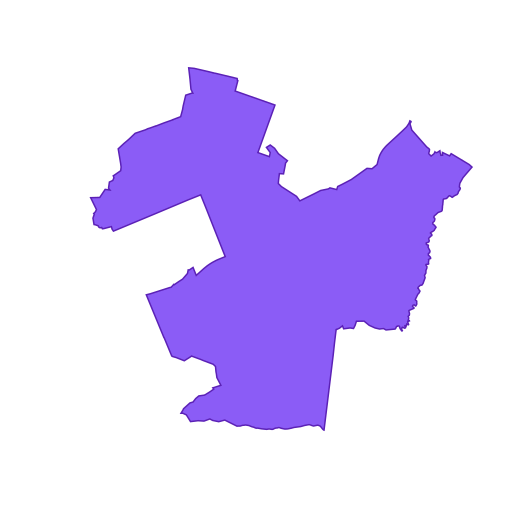 Lubes pag., Talsi, Latvia (Mercator projection), rotated 199°
{"feature_id": "27541924B36241306566640", "entity_name": "Lubes pag.", "entity_type": "district", "adm_level": 2, "iso_a3": "LVA", "parent_name": "Latvia", "parent_adm1": "Talsi", "projection": "mercator", "projection_center": [22.601, 57.453], "detail": "fine", "context": "isolated", "style": "filled", "palette": "violet", "viewbox_px": 512, "rotation_deg": 199, "n_neighbors": 0, "source": "geoboundaries", "source_scale": "gbopen_adm2", "svg_char_len": 5812}
<svg xmlns="http://www.w3.org/2000/svg" viewBox="0 0 512 512"><g transform="rotate(199 256 256)"><path d="M431.3,257.3L422.0,248.0L422.2,245.6L423.3,243.3L422.5,242.8L422.5,238.7L419.4,233.0L418.1,233.2L415.3,233.2L414.8,233.0L414.5,232.5L413.7,232.0L412.9,231.9L412.1,232.1L411.2,232.7L410.1,231.7L408.9,232.3L402.3,236.7L400.8,234.5L398.9,233.1L366.7,261.7L338.4,287.0L328.2,295.8L318.3,284.4L307.1,271.3L284.9,245.4L290.7,240.3L292.1,239.0L295.1,235.8L296.9,233.6L298.9,230.9L301.2,227.2L306.2,218.2L311.8,224.7L314.5,221.1L315.6,220.8L315.1,217.2L317.9,210.2L320.6,206.8L324.0,202.2L324.5,202.4L326.0,198.9L327.4,198.0L343.6,185.9L347.1,183.6L316.5,148.9L316.3,148.9L303.1,134.0L302.0,133.8L298.5,134.0L289.7,133.6L284.9,139.6L284.4,140.4L274.7,140.2L272.1,140.0L261.2,139.7L258.3,138.3L256.1,133.4L255.1,131.7L253.4,128.3L247.1,122.3L253.9,117.3L252.6,116.4L255.8,112.0L259.4,107.7L264.5,105.1L266.6,101.6L268.0,97.4L270.6,95.6L274.8,88.0L274.8,87.3L275.7,82.9L274.0,83.5L270.1,83.1L264.0,78.1L257.2,81.4L251.4,83.0L246.6,86.9L243.5,86.4L237.3,87.2L232.1,90.7L218.5,88.9L218.1,89.2L215.7,90.0L213.5,91.6L212.4,92.0L211.1,92.7L210.4,92.9L207.5,93.4L204.3,93.2L202.2,93.4L200.7,93.2L199.7,93.3L198.4,93.8L197.1,94.0L194.5,94.4L189.4,95.6L188.2,96.3L187.0,96.8L184.3,97.3L183.2,98.0L182.3,99.0L181.2,99.8L180.0,100.3L178.9,101.1L177.6,101.4L176.3,101.3L173.6,101.6L172.3,101.8L169.8,102.8L166.4,104.8L164.2,106.3L158.2,109.3L154.9,111.6L151.4,113.6L150.2,114.0L147.5,113.9L146.2,114.0L142.7,116.1L141.4,116.2L140.1,116.1L138.9,115.5L136.6,114.0L135.4,113.5L135.0,113.5L150.7,187.2L153.5,199.5L156.3,212.6L155.8,213.0L155.7,212.9L153.6,214.9L151.5,218.1L149.4,215.7L143.6,218.6L140.2,219.2L139.9,221.2L139.7,222.8L139.8,227.0L132.6,229.6L126.4,227.3L120.0,226.7L115.3,227.2L114.0,227.9L111.7,228.9L109.0,228.4L100.7,232.2L100.4,232.9L100.4,233.3L100.3,233.6L100.2,234.9L99.8,235.5L99.2,235.7L98.9,236.2L98.0,236.4L97.4,236.1L97.0,235.3L95.9,234.1L95.4,233.9L94.3,232.9L93.6,232.6L93.4,232.8L93.3,233.1L94.4,233.9L94.6,235.5L94.6,236.0L94.0,236.4L92.1,236.1L91.5,236.5L91.3,236.7L91.3,237.4L92.1,237.9L92.4,238.3L92.5,238.6L92.2,238.7L92.0,238.4L91.2,238.4L91.3,240.7L90.3,240.5L89.5,240.6L89.4,240.9L89.6,241.2L91.2,243.1L91.2,243.4L90.8,243.7L89.8,244.6L90.0,244.8L91.2,244.8L91.3,246.6L91.4,247.0L91.8,247.7L92.5,248.4L92.4,248.8L91.8,249.8L91.8,250.2L92.1,251.5L93.6,253.9L93.5,254.3L93.3,254.6L90.1,257.5L89.6,258.1L89.7,258.4L91.6,259.3L91.7,259.9L91.4,260.7L90.4,261.3L89.2,260.7L88.7,260.7L88.6,260.9L88.3,262.6L88.5,263.4L88.9,264.3L89.2,265.4L89.4,265.7L89.6,265.9L90.5,266.1L91.0,266.4L91.2,266.9L90.5,272.6L90.1,273.3L89.7,274.4L89.7,275.1L89.5,275.9L89.6,276.2L90.1,276.7L91.0,277.1L91.8,278.1L92.4,278.1L92.5,278.2L92.6,278.8L92.3,279.7L91.8,280.5L91.7,281.0L91.3,281.3L91.2,281.7L90.8,282.0L89.8,282.4L89.6,282.6L89.1,284.5L89.1,286.3L89.0,290.5L89.6,291.3L90.4,292.7L90.2,293.4L90.0,294.6L89.8,295.1L90.4,297.0L90.6,297.5L90.5,300.2L90.9,301.6L92.1,302.4L92.5,303.0L92.5,303.3L92.4,303.5L91.1,304.0L90.4,304.4L90.2,304.7L90.3,305.1L91.0,306.4L91.1,307.9L91.7,308.8L91.4,309.3L90.1,310.5L90.2,310.9L90.8,311.7L92.9,312.8L93.2,312.8L93.4,313.0L93.6,314.0L93.8,314.3L93.8,314.5L92.9,315.6L93.0,317.0L93.4,317.7L96.2,320.4L96.3,320.6L96.3,321.7L96.4,322.0L96.6,322.3L96.9,322.4L98.4,322.3L98.8,322.6L99.3,323.7L99.2,323.9L98.4,324.4L97.2,325.5L97.1,326.7L98.4,328.6L98.4,329.1L97.0,331.9L96.4,332.6L96.6,333.3L96.8,333.5L97.3,334.0L98.3,334.3L98.6,334.5L98.6,334.8L98.0,335.6L97.0,336.6L95.9,338.2L95.7,339.5L95.1,341.7L95.6,342.2L96.3,342.5L97.2,343.2L98.8,343.6L99.6,344.6L99.7,344.9L99.6,345.4L98.9,346.6L98.7,347.2L98.8,348.7L99.0,349.4L99.2,349.7L100.3,350.2L100.4,350.4L100.4,351.0L100.6,351.4L100.3,352.3L99.3,353.9L99.2,354.2L98.0,356.4L95.3,358.6L94.9,359.3L94.9,359.5L94.9,360.0L95.0,360.5L95.1,360.8L95.5,362.4L95.6,362.6L95.6,363.0L95.9,363.6L95.9,363.9L96.1,364.8L96.1,365.2L96.4,366.4L96.5,366.6L96.6,367.3L97.2,369.6L97.3,370.1L97.3,370.7L96.9,371.2L96.4,371.3L95.6,371.9L95.1,372.0L94.6,372.5L94.0,373.4L94.0,373.6L93.4,375.0L93.0,375.8L92.7,376.0L91.1,375.8L90.0,375.4L89.5,375.4L87.9,377.7L85.9,379.6L85.6,380.6L85.4,381.1L85.5,382.2L85.5,382.8L85.0,384.4L84.8,385.5L84.9,386.6L85.3,387.0L85.8,387.1L86.2,387.5L86.8,390.2L86.9,391.3L85.8,397.5L80.7,410.4L84.2,411.9L104.8,416.3L105.5,413.7L113.4,414.6L112.4,412.0L114.0,411.4L114.6,412.5L115.5,413.5L116.2,415.1L116.4,415.4L118.0,413.3L118.9,412.5L120.2,412.4L120.7,412.7L120.9,410.9L121.2,410.2L123.0,407.5L125.6,408.8L125.9,409.0L126.1,409.3L126.2,410.0L126.2,411.3L126.5,412.8L126.7,413.3L127.0,413.5L127.5,413.8L130.1,414.7L149.7,425.8L153.5,431.2L153.1,433.2L153.1,433.5L153.3,433.7L154.5,433.9L154.5,432.1L154.7,430.7L155.4,428.0L155.8,426.8L158.4,421.7L168.3,403.3L169.1,401.6L170.4,398.3L171.0,396.1L171.4,394.2L171.8,391.5L171.8,389.6L171.8,388.1L171.3,381.9L174.7,376.3L179.6,375.0L190.8,359.3L197.9,351.8L201.4,348.3L201.3,345.1L208.2,344.5L208.2,344.4L209.6,342.9L216.2,339.0L221.4,333.6L232.5,322.4L237.1,325.6L254.6,329.9L258.5,331.8L259.3,334.9L260.7,341.5L256.7,342.6L257.8,350.6L258.3,353.5L257.3,356.3L268.1,360.0L273.5,363.9L278.7,365.6L281.5,362.1L276.2,358.4L275.7,354.3L287.9,354.4L287.8,360.8L287.2,404.9L329.4,405.2L330.2,415.2L330.3,415.1L331.6,417.7L353.5,415.6L355.9,415.2L355.9,415.3L361.4,414.8L375.5,413.3L380.9,412.0L376.2,402.2L371.8,392.5L368.8,389.4L369.5,389.2L374.8,385.2L373.7,374.1L373.1,370.5L372.6,363.2L379.1,357.8L379.0,357.7L386.2,352.0L393.2,346.1L393.3,346.2L397.6,342.7L399.8,341.1L401.5,339.4L410.2,332.7L414.2,325.0L416.6,320.9L417.5,319.4L420.8,313.2L421.2,312.5L414.3,299.8L412.5,296.2L411.7,292.6L416.6,285.9L417.1,285.4L415.8,283.7L416.0,280.8L418.7,278.2L417.5,272.1L415.6,270.8L420.3,269.9L422.8,260.5L431.3,257.3Z" fill="#8b5cf6" stroke="#5b21b6" stroke-width="1.5"/></g></svg>